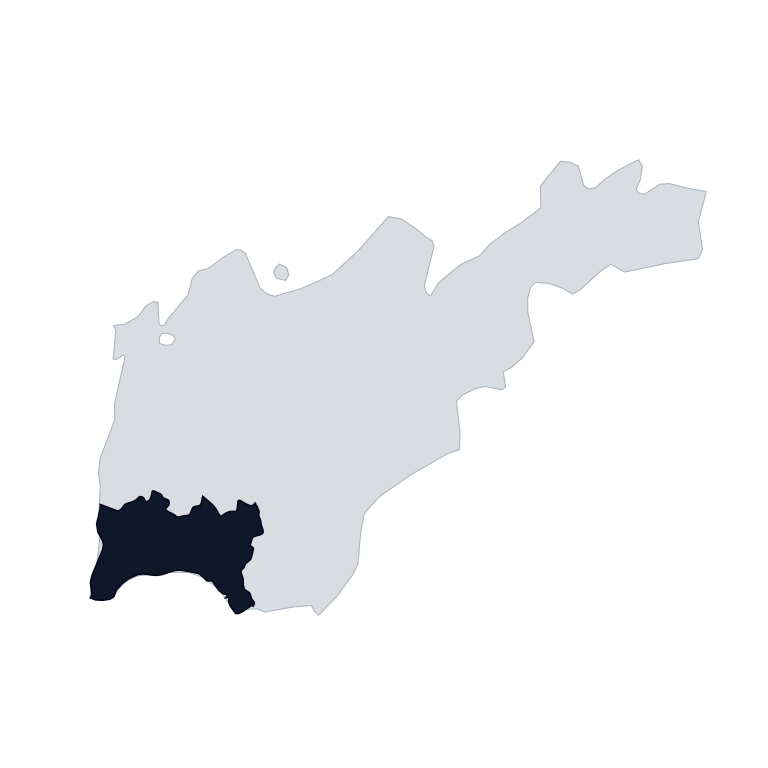 Shirak highlighted on a map of Armenia, rotated 284°
{"feature_id": "ARM-1555", "entity_name": "Shirak", "entity_type": "Province", "adm_level": 1, "iso_a3": "ARM", "parent_name": "Armenia", "parent_adm1": "", "projection": "albers", "projection_center": [43.928, 40.787], "detail": "fine", "context": "in_parent", "style": "filled", "palette": "ink", "viewbox_px": 768, "rotation_deg": 284, "n_neighbors": 0, "source": "natural_earth", "source_scale": "10m", "svg_char_len": 4483}
<svg xmlns="http://www.w3.org/2000/svg" viewBox="0 0 768 768"><g transform="rotate(284 384 384)"><path d="M338.6,473.0L332.4,463.2L301.5,431.0L273.0,406.3L253.5,396.2L233.9,397.3L203.5,402.3L192.4,400.2L165.9,389.4L143.9,376.4L146.9,371.1L151.6,367.2L146.0,350.5L133.9,323.5L135.2,315.0L131.4,303.3L127.2,294.5L144.5,273.5L152.4,256.6L154.1,240.1L149.6,222.9L138.4,191.8L131.5,182.8L118.7,174.3L107.9,160.5L105.2,150.7L114.4,148.8L140.9,148.7L166.5,145.4L186.6,139.0L215.7,133.6L227.7,128.8L241.7,126.4L284.2,131.4L300.1,127.3L347.9,126.2L349.1,124.1L342.6,117.7L342.6,115.2L371.0,110.7L375.4,107.5L379.2,117.9L390.1,129.3L401.8,133.8L408.2,140.1L408.6,145.0L387.9,151.1L386.6,154.0L388.0,156.9L394.2,158.3L423.4,172.4L440.0,172.4L448.8,176.7L453.3,185.3L467.3,196.8L478.6,208.1L479.3,212.0L477.4,217.8L446.8,240.8L443.0,248.6L442.6,256.7L456.7,280.8L477.3,307.0L506.8,326.6L547.5,347.7L548.3,361.2L542.3,377.5L537.0,388.5L534.7,396.0L529.9,399.2L489.7,399.4L483.8,402.1L481.2,405.3L481.0,408.0L495.6,412.6L518.5,429.4L531.8,445.9L545.5,452.9L561.0,465.8L573.5,478.0L592.9,493.6L614.0,487.8L642.7,501.3L644.2,511.0L642.7,519.7L625.1,529.7L623.0,533.7L623.1,536.9L625.6,541.5L636.2,549.0L648.9,560.1L663.3,576.9L657.3,582.2L644.3,583.3L634.1,581.5L630.7,585.1L631.0,590.7L644.6,603.4L647.5,612.8L647.4,629.4L648.7,650.2L617.7,649.7L591.5,660.5L581.5,658.7L574.5,641.2L568.5,626.9L550.8,590.4L555.0,575.2L545.5,566.6L522.7,551.4L516.8,545.1L519.8,536.1L521.6,519.7L519.2,506.6L513.1,502.7L501.9,502.7L488.4,506.2L461.3,519.4L442.2,511.6L431.1,503.6L424.7,496.8L410.6,502.7L407.0,500.0L406.1,483.0L401.7,474.0L393.0,463.4L385.0,458.3L356.1,469.3L338.6,473.0ZM380.0,168.1L380.8,162.0L379.4,156.5L374.7,154.8L369.1,156.3L368.7,162.4L370.5,168.3L376.3,170.8L380.0,168.1ZM473.5,261.3L466.9,265.2L460.7,263.6L460.5,254.1L464.9,250.2L470.1,250.3L475.1,253.6L473.5,261.3Z" fill="#d9dde1" stroke="#a8b0b8" stroke-width="1"/><path d="M155.5,151.0L159.8,150.7L163.2,149.2L171.3,142.1L178.7,139.0L194.7,138.7L198.5,137.7L198.5,138.1L196.5,155.2L196.6,156.6L197.1,157.6L198.6,159.0L199.8,159.6L203.9,161.3L204.7,161.9L205.8,163.3L209.0,168.5L210.5,170.3L211.8,171.6L215.0,173.6L215.5,174.0L215.8,174.8L216.0,175.7L215.8,177.4L215.3,178.4L214.6,179.2L213.1,180.3L212.6,180.9L212.4,181.7L212.7,182.6L213.7,183.8L214.7,184.4L215.9,184.9L219.8,185.3L223.8,185.1L224.3,185.5L224.6,186.3L223.3,193.7L222.6,194.9L220.6,196.8L220.0,198.1L219.7,199.6L219.5,202.1L218.8,203.2L217.8,203.9L216.4,204.4L215.1,204.5L213.9,204.2L211.1,202.7L210.4,202.5L209.8,202.5L209.4,202.7L209.1,203.0L208.4,204.3L208.0,205.5L206.6,211.8L206.4,212.4L205.1,214.7L205.1,216.2L205.6,217.8L207.0,220.2L207.8,221.9L208.5,223.6L208.9,225.1L209.8,226.4L211.1,227.3L217.3,228.2L218.5,228.9L219.7,230.6L220.9,233.5L221.5,234.5L222.9,235.1L224.1,235.5L231.3,235.2L225.6,246.6L222.7,250.6L216.8,256.4L216.3,257.4L216.4,258.2L219.1,260.4L220.6,261.9L221.9,263.5L223.0,265.4L223.4,266.5L223.8,267.7L224.4,270.3L224.7,271.1L225.2,271.6L225.9,271.7L228.5,271.6L234.0,270.7L235.1,270.7L236.0,271.3L236.2,272.3L236.0,273.5L234.2,279.4L233.7,282.5L233.7,284.1L234.0,285.3L234.5,285.9L235.0,286.4L236.8,287.4L237.4,287.8L237.2,288.1L235.9,288.9L235.3,289.5L234.4,290.7L233.8,291.2L232.2,292.0L231.3,292.9L230.6,293.4L229.7,293.8L226.7,294.1L225.9,294.4L225.2,294.7L222.5,297.0L217.8,298.9L213.1,301.9L211.9,302.4L210.9,302.6L210.1,302.5L209.3,302.1L208.6,301.5L207.9,300.6L205.1,295.8L204.0,294.3L203.7,293.9L203.3,293.6L196.1,293.2L195.0,293.5L194.5,294.1L194.2,294.9L193.9,296.1L193.3,296.8L192.4,297.2L185.1,297.4L182.2,297.1L181.3,296.8L180.4,296.3L176.7,293.6L175.7,293.1L174.6,292.8L172.5,292.7L171.6,292.4L168.8,290.7L167.6,290.6L166.3,291.0L161.0,294.4L159.4,295.0L154.5,296.3L152.2,297.5L151.0,298.6L150.3,299.9L150.0,301.2L149.6,302.4L148.7,304.2L147.4,305.3L143.8,307.4L142.6,308.6L141.3,310.4L140.5,311.1L139.8,311.4L136.7,310.9L136.9,310.4L136.9,308.8L129.8,302.8L126.1,298.6L125.4,295.5L131.4,288.4L135.2,285.8L139.4,285.3L138.9,283.6L138.6,283.0L138.1,282.0L139.1,282.4L139.9,282.6L140.7,282.9L141.7,283.7L141.6,278.2L143.9,273.5L151.4,264.8L150.0,259.6L151.1,258.2L154.7,251.7L155.3,249.8L154.4,233.9L153.8,230.1L152.2,225.8L145.0,214.1L143.2,209.6L142.3,204.3L141.9,199.7L141.2,195.3L139.2,190.8L133.8,183.9L127.0,178.2L119.5,174.4L112.1,173.3L108.8,170.1L106.1,163.5L104.7,156.2L105.4,150.8L107.1,151.3L108.9,151.3L110.6,151.0L119.9,147.2L127.3,146.9L155.5,151.0Z" fill="#0f172a" stroke="#020617" stroke-width="1.5"/></g></svg>